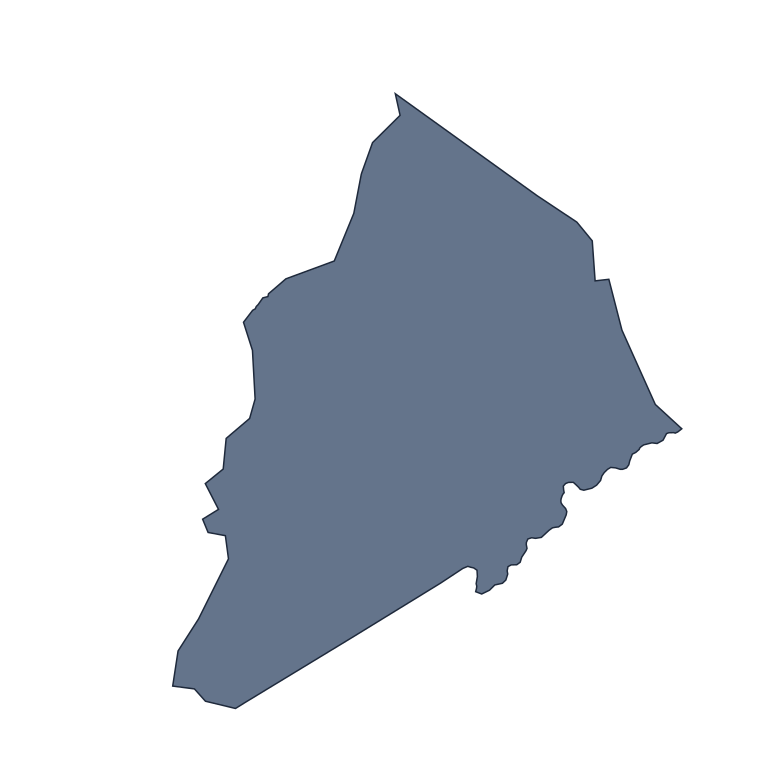 the district of Transylvania, North Carolina, United States of America, rotated 346°
{"feature_id": "52423323B19490558712126", "entity_name": "Transylvania", "entity_type": "district", "adm_level": 2, "iso_a3": "USA", "parent_name": "United States of America", "parent_adm1": "North Carolina", "projection": "mercator", "projection_center": [-82.75, 35.225], "detail": "fine", "context": "isolated", "style": "filled", "palette": "slate", "viewbox_px": 768, "rotation_deg": 346, "n_neighbors": 0, "source": "geoboundaries", "source_scale": "gbopen_adm2", "svg_char_len": 1707}
<svg xmlns="http://www.w3.org/2000/svg" viewBox="0 0 768 768"><g transform="rotate(346 384 384)"><path d="M662.1,499.5L642.3,469.5L627.9,389.3L627.5,336.8L613.8,335.0L620.7,295.5L610.3,273.6L578.1,238.3L465.2,105.1L464.6,127.2L431.3,147.0L413.3,174.0L412.6,175.2L396.0,211.1L365.5,252.6L314.3,258.2L293.8,268.5L292.5,271.1L287.3,271.1L281.1,276.5L278.8,277.9L277.3,279.9L274.4,280.7L262.6,290.1L264.5,319.6L255.3,367.4L245.3,384.9L217.7,398.6L207.4,427.6L186.5,437.4L193.1,465.6L175.3,471.3L177.4,485.5L193.4,492.8L190.8,516.0L147.2,567.1L119.6,593.2L105.9,626.0L126.3,634.0L134.0,648.6L161.4,662.9L171.6,659.6L289.6,622.9L390.7,590.9L415.9,582.0L421.2,581.2L423.7,582.7L423.8,582.8L426.5,584.1L429.2,587.2L428.0,593.5L426.0,598.0L425.1,600.1L425.1,602.6L424.4,604.5L422.7,607.7L428.0,611.4L436.5,609.6L442.9,605.8L450.7,606.0L454.8,603.7L458.1,598.3L458.3,595.1L460.1,591.2L463.7,590.3L469.1,591.5L473.0,589.9L475.8,585.3L481.5,580.1L483.0,578.1L483.2,574.2L483.8,572.2L486.1,569.2L490.1,568.9L493.6,570.4L499.6,570.9L508.9,565.8L512.7,564.3L516.0,564.5L518.8,564.9L523.1,563.1L529.1,555.1L530.5,552.0L530.1,548.8L527.9,544.7L527.1,542.2L527.3,540.2L528.1,538.2L529.9,535.4L531.4,533.8L532.5,533.1L532.7,530.2L533.3,526.4L536.1,524.5L539.2,524.1L543.9,525.2L545.9,528.2L547.9,531.4L548.9,533.6L552.2,535.4L560.5,535.4L565.8,533.6L570.8,530.0L573.2,525.9L576.3,523.2L580.2,520.9L583.8,519.8L588.4,521.4L592.5,523.9L594.9,524.5L599.0,524.1L602.0,521.6L603.8,518.1L608.0,512.1L611.7,511.3L615.8,509.2L616.5,508.1L618.1,507.1L621.2,505.9L629.7,505.9L634.6,507.8L641.2,506.0L646.1,500.5L648.5,500.2L653.4,501.3L654.7,502.1L657.4,501.6L662.1,499.5Z" fill="#64748b" stroke="#1e293b" stroke-width="1.5"/></g></svg>